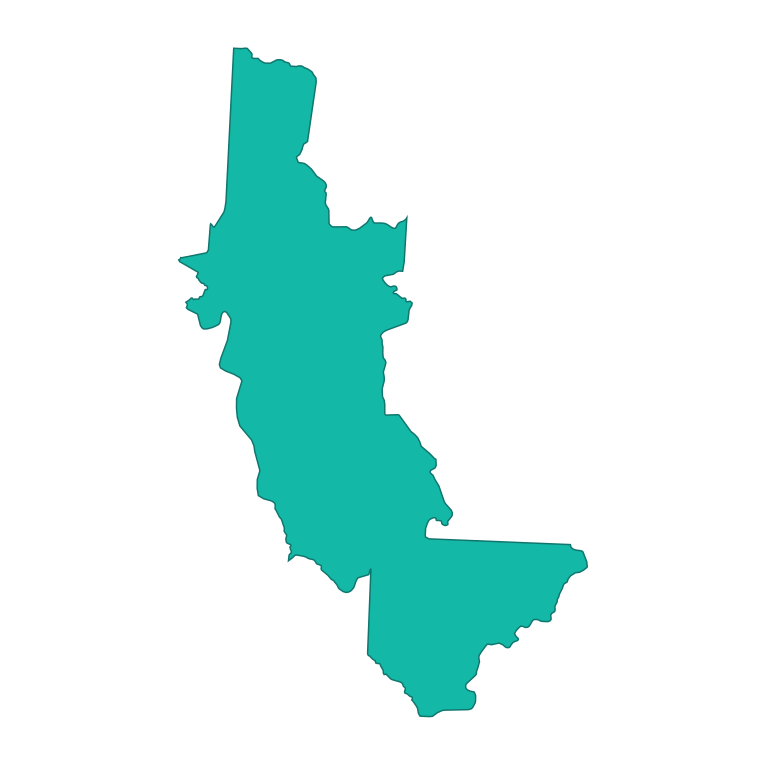 outline of Central, rotated 92°
{"feature_id": "ZMB-516", "entity_name": "Central", "entity_type": "Province", "adm_level": 1, "iso_a3": "ZMB", "parent_name": "Zambia", "parent_adm1": "", "projection": "orthographic", "projection_center": [28.771, -13.872], "detail": "fine", "context": "isolated", "style": "filled", "palette": "teal", "viewbox_px": 768, "rotation_deg": 92, "n_neighbors": 0, "source": "natural_earth", "source_scale": "10m", "svg_char_len": 6124}
<svg xmlns="http://www.w3.org/2000/svg" viewBox="0 0 768 768"><g transform="rotate(92 384 384)"><path d="M533.9,337.5L535.5,337.2L537.2,333.7L538.0,192.1L540.5,191.5L541.3,190.7L542.3,189.3L543.2,187.0L543.8,181.3L544.2,180.2L544.9,179.3L554.2,175.3L559.1,174.5L559.7,174.5L560.4,175.0L563.2,178.3L565.3,182.0L566.0,186.2L569.2,190.9L572.5,193.2L575.4,194.0L577.6,197.2L580.0,198.1L581.9,198.6L588.0,201.4L590.6,201.9L593.3,203.3L595.8,203.4L599.3,205.1L601.1,205.5L603.0,205.1L605.0,205.3L606.1,206.3L607.2,208.2L608.9,209.2L609.6,209.3L612.6,208.8L613.8,209.0L615.0,210.0L615.8,212.1L615.7,217.9L615.4,219.2L614.1,222.0L614.1,225.2L614.4,226.3L615.6,227.5L620.8,230.3L622.0,231.8L622.4,234.1L621.3,237.1L621.3,239.0L623.3,241.2L626.4,243.7L629.0,244.8L631.4,243.5L633.6,241.0L634.6,240.8L635.7,241.6L637.1,245.0L637.9,246.1L639.9,247.7L642.0,248.7L642.9,249.7L643.2,250.8L643.1,252.4L642.6,253.5L640.5,256.1L638.9,260.0L640.8,267.5L640.3,270.9L640.6,271.7L641.3,272.5L648.0,277.2L652.1,279.5L654.1,279.7L658.3,278.9L665.0,280.5L667.9,281.5L670.7,281.6L672.1,282.6L680.2,290.7L681.6,291.8L684.3,291.8L685.8,291.1L686.9,289.7L688.0,287.1L688.5,283.5L689.2,282.8L692.4,281.5L697.9,281.5L699.3,281.7L703.7,283.8L705.1,284.9L705.5,285.4L706.1,286.9L706.5,288.6L707.9,313.1L708.6,315.2L710.7,319.3L714.4,323.9L714.8,327.0L714.7,336.3L712.2,338.0L707.1,339.1L704.6,340.5L700.2,343.8L698.7,345.3L698.0,344.8L697.0,344.6L696.1,344.8L695.2,347.2L693.1,349.7L692.0,352.5L690.6,352.7L687.8,352.0L686.8,352.3L685.5,354.0L682.5,355.2L681.2,357.4L679.2,365.5L678.4,367.1L673.8,371.9L674.4,373.7L673.2,374.5L670.0,374.9L665.9,377.5L664.4,377.9L663.6,378.8L663.6,380.6L663.2,382.4L660.7,383.3L660.7,383.7L658.9,386.3L656.4,388.8L655.8,390.2L654.8,390.7L653.7,391.0L569.6,390.6L569.5,391.0L570.5,391.5L574.5,392.4L575.1,392.8L578.5,402.9L578.9,403.6L582.3,405.2L587.4,406.7L589.1,407.5L592.0,410.0L593.3,412.5L593.6,414.4L593.3,416.1L592.9,417.5L590.4,421.5L589.2,422.5L586.3,424.0L583.9,426.2L582.5,427.2L581.0,429.9L577.1,433.4L572.0,440.0L570.8,440.4L568.9,440.2L567.7,440.5L566.9,442.2L566.2,444.7L565.6,445.4L563.6,446.6L562.4,447.7L561.7,449.7L561.4,452.1L560.7,454.1L559.5,456.3L558.6,460.5L557.9,466.1L558.6,467.3L560.8,469.3L564.0,473.3L558.5,472.9L557.5,472.4L556.5,471.2L555.4,470.8L554.0,470.9L552.2,471.8L550.2,472.3L548.7,471.3L548.1,471.4L547.6,472.2L546.6,474.9L545.9,475.8L545.2,476.1L542.6,476.7L538.9,476.0L538.2,476.1L534.8,478.6L531.2,478.6L522.6,481.9L520.5,483.9L514.1,487.4L512.6,488.5L508.4,488.5L506.7,489.3L505.2,491.5L504.6,493.0L502.9,500.2L499.9,505.7L492.8,507.1L483.9,507.3L474.9,505.0L455.9,510.8L450.3,511.8L444.5,514.4L431.1,526.5L422.5,529.4L413.1,530.6L403.7,530.8L385.9,526.1L382.8,528.0L379.3,534.9L376.5,542.8L373.6,548.0L370.3,549.2L364.1,548.0L345.9,542.0L327.4,539.1L324.7,539.3L323.7,539.7L318.3,543.5L317.4,544.7L317.1,545.8L317.8,547.4L319.3,548.4L321.8,549.1L327.6,549.9L329.2,550.5L330.6,551.8L333.4,557.3L335.0,562.4L335.3,565.9L335.1,566.6L334.1,567.9L332.2,569.4L320.7,572.7L316.2,582.6L314.7,584.2L312.8,583.4L310.9,583.4L309.2,584.9L307.4,582.2L304.8,579.6L304.9,578.6L306.3,577.2L305.7,575.9L305.7,572.4L305.4,572.0L303.6,571.3L303.2,570.9L302.9,569.0L302.1,568.1L296.0,566.0L295.7,565.5L295.9,564.5L295.7,564.0L295.1,563.7L293.4,563.8L292.1,564.6L291.6,566.6L290.2,567.3L289.9,567.8L289.5,569.7L288.9,570.6L286.4,572.7L284.9,573.4L284.1,574.9L283.0,575.2L281.4,574.3L279.3,573.7L278.8,573.7L268.9,592.4L267.2,593.5L266.1,591.9L264.8,591.6L264.8,590.2L259.1,565.9L256.3,564.2L231.1,563.1L230.0,562.8L230.5,562.1L233.1,559.9L233.1,559.2L231.9,558.2L217.6,549.9L213.3,549.0L207.0,548.3L53.7,545.9L53.8,538.2L53.2,534.1L53.4,532.4L58.1,527.8L59.2,527.4L61.9,527.6L62.7,527.0L63.2,525.6L63.0,521.3L65.0,519.1L66.4,516.7L67.4,514.4L67.4,508.9L63.9,502.6L63.6,500.7L63.6,498.5L64.1,496.5L65.6,494.3L66.4,490.6L67.1,489.8L69.4,488.6L69.6,488.1L69.8,482.6L69.1,480.4L69.0,478.6L69.3,476.8L70.5,474.8L72.1,470.7L74.0,467.7L75.0,466.5L76.7,465.7L80.6,462.7L84.5,462.3L144.3,468.9L145.4,470.1L147.0,472.6L149.9,473.6L152.6,474.1L157.5,476.3L159.7,479.0L160.8,479.4L165.6,477.4L166.3,471.6L167.5,469.3L171.8,464.0L178.7,458.5L183.1,451.6L184.1,450.5L185.5,449.4L187.1,448.7L189.0,448.5L192.1,449.8L193.5,450.0L194.1,449.7L194.9,448.7L196.1,448.4L205.0,449.0L207.0,448.4L210.8,445.8L212.4,445.2L225.7,444.5L227.5,442.9L228.1,442.2L228.8,440.4L228.2,426.9L228.9,425.4L231.1,422.0L231.4,420.0L231.1,417.5L229.3,414.0L223.9,407.2L222.6,406.1L218.5,403.8L217.8,402.9L218.4,402.1L221.6,400.8L223.2,399.7L223.4,398.7L223.2,391.6L223.6,388.6L224.5,386.2L226.7,382.8L227.8,380.6L228.1,378.7L227.6,377.7L224.3,376.1L222.9,375.2L221.6,373.4L220.7,370.7L220.1,369.7L218.7,368.0L217.0,367.0L261.3,368.1L270.7,369.3L270.5,372.4L271.4,375.2L274.0,378.5L275.9,386.9L276.9,388.1L278.4,389.3L280.3,388.5L283.2,386.2L285.7,383.5L286.7,380.7L285.9,378.3L285.7,376.6L286.3,375.3L287.3,374.7L288.7,374.3L289.9,374.6L290.6,376.5L291.9,377.8L292.6,377.9L293.3,377.3L293.3,374.9L296.8,370.3L297.7,368.7L297.8,367.9L297.4,366.6L297.7,365.6L298.4,365.1L300.7,364.9L301.0,363.3L300.5,361.9L300.5,360.5L302.1,358.7L304.7,359.1L307.2,360.6L309.5,361.5L318.7,362.2L320.8,362.8L322.4,364.3L329.8,382.5L330.9,384.6L332.2,386.6L334.4,388.4L335.6,389.0L337.1,389.0L339.0,387.9L340.7,387.4L343.6,387.3L347.1,386.4L353.2,386.3L357.0,385.8L358.1,385.4L360.3,383.6L362.4,382.9L364.1,383.1L372.2,385.1L377.3,384.0L380.8,383.9L389.0,385.7L396.1,385.1L397.3,384.8L400.3,383.2L404.6,382.5L413.3,382.2L414.4,381.8L415.0,381.1L414.2,368.8L414.6,367.8L430.6,355.4L433.3,351.7L436.4,348.6L440.2,346.4L444.5,344.8L445.4,344.1L452.4,335.4L456.6,331.1L457.5,329.5L463.7,329.0L466.1,330.1L468.8,334.5L470.4,334.9L471.6,334.2L473.7,331.7L477.6,329.8L484.0,325.6L499.4,319.7L501.6,318.3L507.9,312.3L510.4,311.2L513.0,311.3L515.0,312.5L518.9,315.4L520.2,315.5L522.0,315.2L523.0,316.5L523.3,317.6L523.1,318.8L522.2,320.8L521.4,321.3L519.4,321.8L518.6,322.6L518.5,326.9L516.7,327.4L515.9,328.0L515.9,329.6L516.3,330.9L517.6,333.3L518.5,334.2L520.2,335.2L522.6,336.1L526.9,337.4L533.9,337.5Z" fill="#14b8a6" stroke="#0f766e" stroke-width="1.5"/></g></svg>